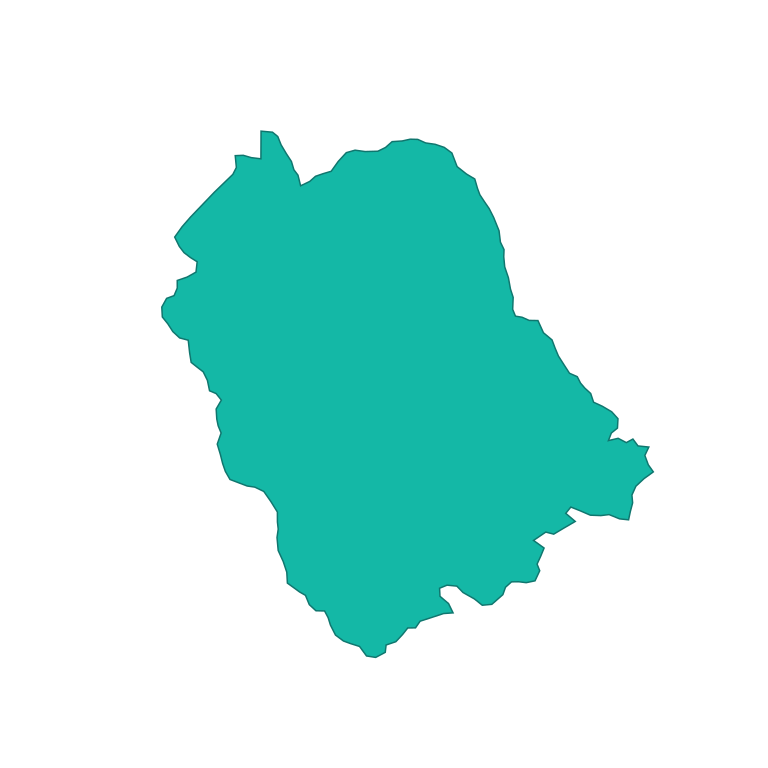 Lauro Müller, Santa Catarina, Brazil (orthographic projection), rotated 226°
{"feature_id": "56859067B67423545174", "entity_name": "Lauro Müller", "entity_type": "district", "adm_level": 2, "iso_a3": "BRA", "parent_name": "Brazil", "parent_adm1": "Santa Catarina", "projection": "orthographic", "projection_center": [-49.459, -28.384], "detail": "fine", "context": "isolated", "style": "filled", "palette": "teal", "viewbox_px": 768, "rotation_deg": 226, "n_neighbors": 0, "source": "geoboundaries", "source_scale": "gbopen_adm2", "svg_char_len": 2463}
<svg xmlns="http://www.w3.org/2000/svg" viewBox="0 0 768 768"><g transform="rotate(226 384 384)"><path d="M190.1,521.3L196.5,528.2L205.8,528.5L216.3,525.6L225.3,522.1L233.6,526.1L241.5,525.6L248.1,526.0L255.0,528.1L262.9,524.9L272.6,526.8L283.0,528.9L291.2,532.1L299.0,535.5L310.1,534.3L322.7,538.8L328.9,532.6L336.1,529.7L341.5,525.7L348.3,528.4L356.6,537.1L364.4,540.9L374.0,547.3L384.4,552.2L392.3,558.5L397.3,563.7L405.2,566.3L414.3,573.2L427.7,578.6L437.1,581.5L444.9,582.8L453.5,584.4L459.7,587.1L468.4,591.7L477.7,589.2L489.6,587.6L503.0,593.3L512.4,591.7L520.9,587.3L528.5,581.4L536.5,578.2L541.9,572.9L546.2,565.9L552.7,558.2L553.1,549.4L555.7,541.3L564.3,531.9L572.3,525.6L576.6,517.6L575.9,505.7L573.7,493.8L577.6,486.3L581.0,479.0L581.3,471.3L584.5,461.7L594.0,467.2L600.7,468.0L608.4,472.0L617.3,473.7L627.5,476.1L635.8,479.5L642.6,478.7L651.3,471.2L631.5,451.9L639.0,445.8L646.3,441.6L651.6,435.6L642.3,428.2L639.8,420.9L639.8,395.3L638.5,360.9L637.4,348.1L635.1,335.5L625.1,332.3L617.4,331.4L609.5,332.6L601.7,334.5L595.1,326.5L597.7,316.6L602.1,307.2L596.6,301.9L593.4,294.4L596.6,287.1L593.7,277.6L586.2,271.1L577.5,270.3L568.4,268.5L559.1,269.0L551.5,273.6L541.4,265.8L533.5,260.3L525.9,261.3L518.3,262.4L509.3,259.5L500.3,253.8L493.7,256.6L485.4,255.8L482.6,245.9L475.0,239.4L469.2,235.7L461.9,232.8L456.6,222.3L446.9,217.3L438.9,212.7L431.4,209.2L422.3,206.9L414.4,210.6L405.7,214.7L399.6,219.4L390.2,222.9L378.2,221.0L366.0,218.4L358.8,211.5L353.1,207.1L347.9,200.4L337.7,192.2L326.3,188.2L316.1,183.3L307.9,176.2L300.6,177.5L293.1,178.8L286.5,180.7L277.2,177.0L268.2,177.5L262.0,183.6L254.7,181.5L247.8,178.0L237.1,174.7L227.3,176.3L220.5,179.6L212.2,184.1L200.5,182.5L193.1,188.1L190.1,198.5L194.8,204.2L190.4,213.5L190.9,223.4L192.0,231.6L186.7,237.3L188.3,245.2L183.3,255.4L177.5,267.4L171.4,274.7L181.2,277.9L192.4,276.8L198.5,282.1L195.5,289.6L188.0,296.0L179.1,296.0L166.7,299.7L156.6,301.0L150.6,308.5L149.9,323.2L153.4,330.2L153.1,338.3L148.1,343.6L142.3,348.3L137.5,355.9L141.5,366.3L148.1,369.0L151.3,377.2L154.8,385.2L167.6,382.9L165.1,397.5L158.1,401.8L155.6,412.5L152.3,426.1L164.7,424.9L165.7,432.9L157.1,436.8L146.3,441.3L138.7,448.6L133.7,455.2L123.3,459.8L116.4,465.6L121.0,472.4L125.8,480.3L131.9,485.2L135.5,494.2L135.3,505.3L133.7,516.7L142.3,518.0L151.4,522.0L154.7,530.7L163.0,523.7L171.5,524.8L173.5,517.6L182.3,514.7L187.4,506.1L190.8,513.5L190.1,521.3Z" fill="#14b8a6" stroke="#0f766e" stroke-width="1.5"/></g></svg>